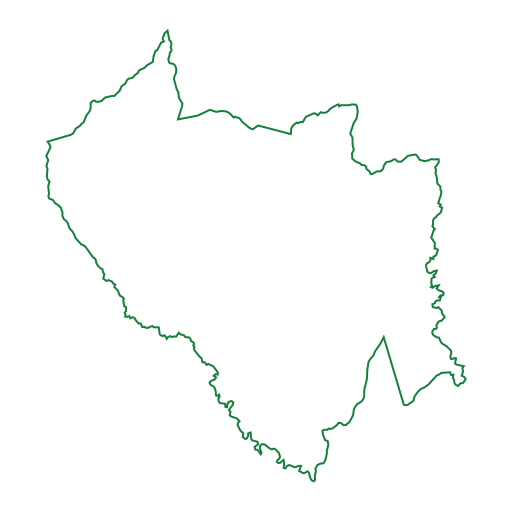 Paraúna, Goiás, Brazil (Natural Earth projection)
{"feature_id": "56859067B65440720540054", "entity_name": "Paraúna", "entity_type": "district", "adm_level": 2, "iso_a3": "BRA", "parent_name": "Brazil", "parent_adm1": "Goiás", "projection": "natural_earth1", "projection_center": [-50.607, -17.053], "detail": "fine", "context": "isolated", "style": "outline", "palette": "green", "viewbox_px": 512, "rotation_deg": 0, "n_neighbors": 0, "source": "geoboundaries", "source_scale": "gbopen_adm2", "svg_char_len": 6021}
<svg xmlns="http://www.w3.org/2000/svg" viewBox="0 0 512 512"><path d="M457.9,386.0L460.8,383.1L462.9,383.2L465.7,379.1L464.4,377.1L461.7,375.7L463.1,371.4L462.4,368.2L463.7,366.2L456.2,364.5L455.0,363.2L456.1,358.4L454.6,358.0L453.1,358.8L451.0,359.0L450.3,356.7L451.3,352.6L451.1,350.7L446.4,346.1L442.3,343.7L441.0,342.2L438.9,337.6L436.7,337.3L433.3,335.1L432.2,332.9L432.5,331.1L434.0,329.0L436.3,328.8L436.8,327.1L436.4,325.4L437.8,322.7L439.4,321.1L441.6,320.7L444.7,317.1L442.0,313.2L441.6,310.4L438.2,307.2L436.7,308.0L432.8,307.1L432.4,304.2L434.9,303.2L435.4,301.5L437.1,300.4L439.8,300.5L440.8,297.3L439.1,297.2L440.5,295.4L443.2,295.3L443.6,292.7L441.6,291.2L438.7,290.3L436.6,288.5L438.7,285.3L435.3,285.9L432.5,287.8L430.9,287.0L432.1,285.7L431.3,283.8L431.5,278.7L432.7,277.6L434.7,277.0L433.5,275.2L435.7,273.4L436.8,270.6L434.3,271.0L430.4,273.3L427.5,272.0L426.2,266.9L426.1,264.8L427.2,263.2L428.9,262.4L430.4,260.5L430.3,257.9L433.4,259.0L433.4,256.6L435.4,255.9L436.5,254.3L437.9,250.0L436.4,248.7L434.6,248.6L434.8,242.9L431.2,237.6L433.7,230.3L434.8,229.1L432.4,226.3L433.0,224.5L433.1,220.2L434.1,218.3L436.0,217.1L437.2,215.3L439.6,213.7L441.1,211.7L442.0,207.6L439.7,206.5L440.8,204.6L438.2,203.2L441.0,194.6L441.4,191.8L440.4,189.5L440.4,186.7L437.4,183.6L436.8,177.5L435.5,173.0L436.0,171.3L435.3,166.8L436.8,165.4L438.8,162.1L438.6,159.2L433.9,159.5L431.6,159.0L428.0,160.5L424.6,161.1L419.8,159.9L416.7,155.3L415.4,154.5L408.0,155.8L401.3,161.7L397.6,161.6L395.6,159.5L393.8,159.4L391.2,161.1L386.0,162.3L383.7,166.1L383.2,168.6L380.8,171.2L376.6,171.5L372.6,173.9L370.7,174.1L369.7,171.6L366.4,168.9L366.1,166.6L364.3,165.2L361.6,165.0L360.0,163.3L355.8,161.6L352.3,158.7L352.0,153.4L353.8,150.0L352.6,144.6L352.5,137.7L350.3,133.6L353.6,123.2L356.6,118.5L357.7,112.2L357.4,108.5L356.9,106.4L355.8,104.6L351.6,104.4L349.8,105.2L341.2,105.2L339.1,106.3L338.6,104.4L337.0,104.8L330.1,108.8L328.8,110.6L325.8,112.6L322.8,112.8L320.8,112.2L317.6,115.4L316.0,113.8L313.8,113.3L305.8,116.9L302.7,122.2L300.1,122.0L298.3,123.3L296.8,122.5L293.0,125.5L291.3,128.3L290.8,134.1L258.1,125.5L252.7,129.3L249.4,127.9L242.2,121.8L240.3,119.1L238.4,117.7L236.6,117.5L235.2,116.6L233.6,117.5L230.6,114.2L228.0,112.2L225.4,111.3L220.5,111.0L217.5,111.8L215.3,111.6L209.9,109.8L197.7,115.6L178.0,119.4L182.1,106.1L182.4,103.6L179.0,98.0L178.3,92.2L176.6,88.9L174.1,79.5L174.1,77.5L176.1,72.4L176.3,69.2L175.5,66.5L174.6,64.9L172.7,63.6L170.4,63.5L169.1,62.5L168.3,59.2L169.7,55.0L169.8,52.5L171.1,51.6L171.5,49.6L170.7,47.1L171.5,43.7L170.6,41.1L169.4,40.2L167.5,30.7L164.3,33.6L163.9,35.7L162.9,37.1L162.7,39.0L163.9,41.5L161.1,42.6L157.2,50.2L155.4,51.0L153.5,56.7L152.8,61.9L146.6,65.5L144.8,67.7L139.0,70.4L138.0,72.8L134.3,75.6L133.1,77.5L128.5,78.8L126.9,80.3L125.3,83.6L121.6,86.2L119.7,90.6L114.3,96.0L112.2,95.9L105.2,97.5L101.3,101.1L97.5,101.9L96.0,101.7L94.8,100.6L93.0,100.8L90.7,102.8L90.6,108.5L89.6,111.3L86.2,115.8L83.8,122.1L81.9,123.4L79.8,126.0L76.1,128.3L72.9,133.7L70.8,134.8L47.6,141.6L50.2,145.6L50.3,147.8L46.3,156.0L48.2,160.1L46.4,166.1L47.5,168.7L46.8,176.2L47.6,179.5L49.5,181.6L48.2,186.2L49.0,193.6L48.4,196.4L49.1,198.5L52.9,200.0L55.4,203.5L57.2,204.4L60.7,207.5L62.5,212.4L62.4,215.9L63.7,218.9L67.4,222.2L69.5,228.4L72.3,231.3L74.3,234.7L75.8,238.4L81.5,244.6L84.1,245.5L85.8,247.2L93.0,257.3L94.8,258.5L95.7,259.8L96.2,262.7L97.9,265.7L100.1,268.0L102.5,269.3L103.0,272.2L104.3,274.0L103.3,278.6L106.5,281.0L108.4,280.1L112.0,281.6L113.1,283.4L115.2,284.6L114.3,287.0L117.8,290.4L119.8,295.6L122.1,296.8L123.9,298.5L123.3,300.1L124.1,305.9L126.0,307.3L125.9,311.3L124.6,312.7L125.5,314.4L125.2,316.6L127.6,316.8L129.4,316.1L130.3,318.3L132.7,317.2L134.7,318.1L135.7,320.2L138.6,323.5L140.6,323.4L142.2,327.0L144.6,326.9L146.0,327.8L148.2,327.9L150.4,326.6L152.5,326.1L153.8,327.3L158.8,327.4L159.7,334.4L162.3,336.1L164.7,335.3L166.8,338.8L167.9,337.2L170.1,336.1L172.0,337.1L174.1,336.4L176.1,336.7L178.7,332.7L180.4,334.3L184.0,335.3L185.4,337.2L188.7,337.3L190.2,338.6L191.2,341.2L193.1,342.2L194.2,343.7L193.3,345.4L194.5,346.7L193.9,348.5L194.9,350.9L200.0,357.1L201.4,358.0L202.5,362.3L204.5,362.2L206.6,364.9L208.2,363.9L213.3,366.3L217.8,372.4L217.7,374.6L215.7,374.1L213.7,375.8L216.1,377.4L214.5,379.6L211.2,380.8L209.5,382.5L210.6,384.9L213.1,386.2L214.7,387.9L215.7,391.2L216.0,395.5L217.6,395.9L219.0,394.6L219.6,396.9L218.4,398.6L218.6,401.1L219.8,403.0L225.2,403.8L225.4,406.9L227.0,407.2L227.7,403.6L228.6,401.9L231.5,401.0L233.2,402.4L232.9,404.6L228.9,410.0L230.4,411.5L229.7,415.3L231.4,416.6L236.8,418.4L239.5,421.2L237.9,422.7L237.6,425.2L240.6,430.9L243.1,433.0L243.2,435.1L242.6,436.9L245.3,439.1L246.9,438.4L248.2,435.7L248.2,433.4L250.6,432.5L251.2,438.9L252.4,440.5L257.3,441.7L258.3,444.3L254.6,446.8L255.3,449.6L257.6,449.8L260.7,454.3L261.5,452.7L259.9,448.4L259.9,446.4L262.1,444.1L264.6,444.4L270.1,448.8L271.9,449.3L273.9,448.6L275.5,449.4L279.0,453.1L280.0,457.0L279.0,458.9L277.4,460.2L276.9,461.8L278.3,463.0L280.0,462.9L283.5,459.9L284.1,463.0L283.7,468.0L285.4,468.4L286.8,466.2L289.1,465.0L294.9,467.3L299.0,465.8L301.0,465.9L299.2,470.9L302.9,473.1L304.8,472.9L307.4,471.3L308.9,472.5L310.2,477.6L311.6,480.3L313.8,481.3L315.0,479.8L314.9,474.7L315.9,472.0L315.4,468.8L317.4,465.0L320.9,463.4L322.5,463.6L324.1,462.6L325.5,459.6L326.9,453.1L326.8,450.6L328.3,445.5L327.7,441.0L325.0,440.0L323.0,434.6L322.5,430.6L324.7,429.7L327.4,429.8L328.6,428.6L330.7,429.0L333.1,428.1L337.4,424.6L338.4,422.8L341.3,423.2L343.1,425.0L345.7,425.2L349.7,421.7L353.1,415.1L353.9,409.3L355.2,406.8L357.2,404.1L360.9,402.0L363.1,399.4L364.2,396.5L364.2,390.1L367.0,378.6L367.3,369.9L368.5,362.1L370.5,358.7L373.4,355.5L375.1,351.2L380.3,343.8L383.7,337.2L403.8,404.7L405.3,405.3L407.8,404.7L413.4,400.9L414.5,396.5L417.5,392.3L420.6,389.1L424.2,387.5L428.4,384.6L436.9,375.3L439.2,374.5L441.1,373.0L449.8,372.2L451.1,375.0L453.4,374.7L452.9,377.8L454.0,379.8L454.4,383.0L455.5,384.6L457.9,386.0Z" fill="none" stroke="#15803d" stroke-width="2"/></svg>